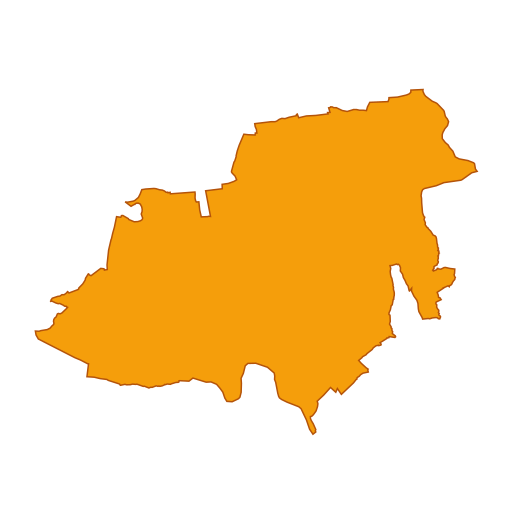 outline of Filiasi, Dolj, Romania, rotated 3°
{"feature_id": "2599482B35880437379690", "entity_name": "Filiasi", "entity_type": "district", "adm_level": 2, "iso_a3": "ROU", "parent_name": "Romania", "parent_adm1": "Dolj", "projection": "orthographic", "projection_center": [23.538, 44.559], "detail": "fine", "context": "isolated", "style": "filled", "palette": "amber", "viewbox_px": 512, "rotation_deg": 3, "n_neighbors": 0, "source": "geoboundaries", "source_scale": "gbopen_adm2", "svg_char_len": 6095}
<svg xmlns="http://www.w3.org/2000/svg" viewBox="0 0 512 512"><g transform="rotate(3 256 256)"><path d="M450.6,276.6L451.0,275.4L452.3,274.7L453.2,273.5L453.4,272.5L454.6,270.4L455.7,269.1L455.8,267.8L456.2,267.1L455.3,265.8L454.8,264.3L455.2,263.0L455.2,258.6L450.4,258.3L445.8,257.5L444.4,257.7L441.3,259.5L438.4,259.3L438.2,258.8L437.7,258.9L437.6,259.6L436.6,260.5L433.9,261.7L433.2,260.9L434.0,259.8L434.1,259.1L434.5,258.8L434.2,257.5L434.7,256.9L437.3,255.4L437.4,254.3L438.2,253.4L438.4,252.2L437.7,250.9L437.9,249.6L438.2,249.1L438.0,248.4L438.2,247.3L437.6,246.5L438.3,245.6L438.3,244.0L438.8,243.5L438.4,243.2L438.4,241.5L437.3,241.1L437.8,240.1L437.4,239.3L437.8,238.6L436.9,237.6L436.7,235.4L436.1,233.9L435.3,229.1L434.7,227.4L433.9,226.6L431.8,225.8L429.2,222.1L426.6,219.7L426.1,218.7L425.3,218.5L423.3,215.9L423.4,214.0L421.9,210.8L422.5,208.4L421.7,207.9L420.6,205.6L420.0,203.9L418.7,194.4L418.3,189.6L417.7,187.2L418.1,183.2L419.0,181.0L420.7,179.8L432.3,176.4L439.2,173.2L438.8,173.1L456.6,169.6L457.9,168.9L467.1,161.6L472.4,159.9L470.6,157.7L469.4,152.4L468.4,151.5L462.7,149.6L453.8,148.4L449.8,146.6L447.1,141.0L443.5,137.4L442.1,135.1L439.1,132.8L435.9,129.1L435.6,125.3L436.1,123.0L437.9,119.1L440.4,115.8L441.3,111.8L439.9,109.1L438.4,107.5L437.6,106.1L436.4,101.9L435.8,100.8L428.9,94.3L427.6,93.6L423.9,92.2L417.1,87.6L415.7,86.0L414.2,83.1L414.0,82.2L414.1,81.0L402.0,82.2L402.0,84.5L400.3,86.2L397.7,87.4L389.0,89.9L380.5,90.9L380.5,92.5L379.8,94.9L361.6,96.6L359.5,101.3L358.7,105.0L355.3,104.8L351.8,105.0L348.8,104.5L345.9,104.6L339.5,106.9L334.5,106.2L328.5,103.7L325.7,103.8L324.7,103.2L322.8,103.1L322.5,103.7L320.8,104.2L322.4,108.7L320.0,109.0L320.6,110.3L308.4,112.5L299.0,113.5L291.4,115.7L289.8,112.1L289.0,112.6L288.9,113.7L288.6,113.9L281.8,115.7L277.8,117.3L274.6,117.2L272.1,118.3L269.5,120.3L267.9,120.9L264.0,121.1L247.8,123.9L248.4,126.8L249.8,129.6L250.4,133.2L248.9,133.2L248.8,135.2L241.9,135.3L237.5,135.0L233.4,146.3L231.8,152.0L230.9,156.9L231.0,157.8L229.8,162.3L229.1,163.4L227.1,172.6L227.2,173.5L228.0,174.6L230.9,177.3L232.7,180.9L230.2,182.6L224.5,185.0L218.4,186.2L218.8,190.6L202.3,193.5L208.5,218.9L206.7,218.8L205.6,219.2L199.3,219.8L197.4,213.1L196.1,204.9L193.6,205.2L192.8,204.0L192.1,201.4L192.0,197.2L191.7,195.3L167.2,198.4L166.9,196.9L164.8,197.5L164.5,196.9L162.9,197.1L161.2,195.9L159.1,195.1L156.2,194.9L152.5,194.0L150.5,193.9L142.2,194.9L138.5,195.7L137.1,200.1L135.5,203.7L132.2,206.8L130.7,207.6L124.8,209.0L122.5,208.8L128.6,212.9L131.7,210.9L132.4,210.8L132.7,210.1L133.9,209.5L135.8,209.4L137.7,210.2L139.3,212.9L139.9,215.4L139.9,217.6L139.2,220.1L140.8,224.0L140.7,224.9L140.2,225.8L138.9,226.8L136.3,227.8L132.6,228.2L127.0,226.2L126.6,225.4L120.9,222.5L119.5,222.7L119.1,224.2L118.7,224.4L114.7,224.0L113.1,234.6L111.7,240.8L110.7,246.6L110.4,247.2L108.5,257.8L107.7,272.7L108.2,277.3L105.4,278.0L105.3,277.2L104.7,276.7L101.6,276.5L92.3,284.3L90.5,283.6L89.8,282.6L89.4,282.7L86.9,287.2L86.7,288.9L84.5,292.9L80.9,297.0L80.6,297.5L80.7,298.1L80.1,298.8L71.2,302.7L70.6,302.5L70.2,301.7L69.7,301.4L68.5,303.0L66.4,304.7L64.2,304.8L62.3,306.3L60.1,306.7L54.8,308.8L53.6,310.7L53.7,311.5L52.8,312.3L54.5,311.7L58.6,313.4L61.0,314.0L62.5,313.7L66.3,315.3L67.4,316.1L69.3,316.2L69.4,316.7L70.5,317.1L69.7,318.2L65.1,323.1L63.4,324.0L61.6,323.7L60.7,324.2L59.5,327.4L58.1,328.6L57.4,330.1L57.2,331.8L57.7,333.7L57.5,334.9L55.6,336.8L54.3,338.7L51.4,340.4L45.0,341.8L43.3,342.5L39.6,342.5L40.5,346.4L43.0,350.3L80.4,367.0L86.0,369.0L93.5,372.4L94.4,372.4L93.5,385.4L100.8,385.5L106.9,386.6L113.6,387.1L114.9,387.9L126.5,391.0L126.9,391.8L127.4,392.2L131.9,391.0L133.3,391.4L137.2,391.1L139.4,390.4L142.8,390.5L143.7,390.2L150.2,392.1L151.4,391.9L156.0,393.4L157.7,392.6L159.2,392.6L163.1,390.9L165.0,391.3L165.8,390.9L166.8,391.2L169.1,390.6L171.3,389.5L171.5,389.1L172.4,389.2L173.9,388.5L177.4,388.6L178.1,388.1L182.5,386.5L184.9,386.2L185.6,385.8L185.7,384.6L186.2,384.5L195.6,384.5L199.4,381.2L212.8,384.6L217.7,384.1L223.4,386.2L226.9,389.9L230.0,393.7L232.3,399.5L234.5,402.7L239.8,402.8L245.9,399.5L247.3,397.9L248.3,392.9L248.1,383.9L247.5,378.9L249.5,373.9L251.0,366.2L253.5,363.7L261.4,363.1L273.3,366.5L280.3,371.9L281.0,374.9L281.0,378.3L282.3,381.2L284.9,391.8L285.9,394.8L286.8,396.4L289.0,397.9L294.6,400.3L306.6,404.3L309.0,406.1L315.0,417.2L318.6,426.2L322.2,431.0L324.9,428.6L324.4,427.3L324.8,426.2L321.9,420.5L319.8,417.4L318.9,415.5L318.7,413.5L320.1,413.1L321.6,411.5L324.1,407.6L325.3,403.2L325.5,401.0L325.5,400.0L324.7,397.8L330.9,391.3L337.3,383.4L342.8,387.9L344.2,384.1L348.5,389.7L360.0,377.6L362.6,373.9L363.1,373.8L363.4,372.1L365.4,370.7L366.7,369.0L369.0,367.4L374.2,366.0L373.5,363.7L373.9,363.1L371.9,361.9L366.8,357.7L364.0,354.9L367.1,352.0L367.7,351.0L371.2,348.8L371.7,348.0L371.3,348.2L376.9,343.3L377.9,341.6L380.5,339.4L383.0,338.7L383.3,339.1L385.4,338.4L385.6,337.5L384.4,336.1L391.0,331.5L391.0,331.0L393.0,330.6L393.2,329.5L399.0,330.1L399.6,329.4L399.3,329.1L399.3,328.5L396.2,326.3L396.4,324.2L395.7,323.5L395.5,321.3L394.7,320.7L394.6,319.5L392.9,317.0L393.5,314.3L393.1,310.0L392.9,308.1L391.9,307.5L391.8,305.8L393.0,302.7L393.6,298.6L394.6,297.6L395.3,292.2L395.9,291.8L395.7,291.0L395.9,290.2L395.7,289.8L396.1,288.6L396.1,286.4L395.9,284.9L394.9,281.8L395.0,280.2L394.3,278.2L394.4,277.3L392.8,271.1L392.0,269.8L391.4,267.8L390.8,264.4L391.2,261.4L390.3,258.6L392.4,258.3L396.9,256.6L397.6,257.2L398.6,256.8L399.8,257.8L400.9,260.1L400.9,263.4L403.3,266.5L404.3,269.8L406.1,272.6L407.7,275.9L409.4,277.9L410.8,282.7L411.1,282.9L413.1,280.1L413.1,282.8L415.8,287.8L419.0,291.8L420.2,294.9L420.9,300.4L421.6,303.1L425.2,308.9L425.7,310.3L431.2,309.4L432.8,309.6L435.4,308.6L438.5,308.1L440.3,308.1L441.4,309.1L442.8,309.2L443.5,307.1L443.0,306.2L441.7,305.4L441.6,304.8L442.0,303.8L441.1,303.0L441.5,301.3L441.1,300.2L440.6,300.0L439.1,297.7L439.1,295.3L438.2,294.4L438.1,293.4L438.4,292.5L443.2,289.9L441.9,288.1L440.5,287.8L440.0,285.4L438.8,282.8L444.9,278.3L444.7,278.1L449.4,275.7L450.6,276.6Z" fill="#f59e0b" stroke="#b45309" stroke-width="1.5"/></g></svg>